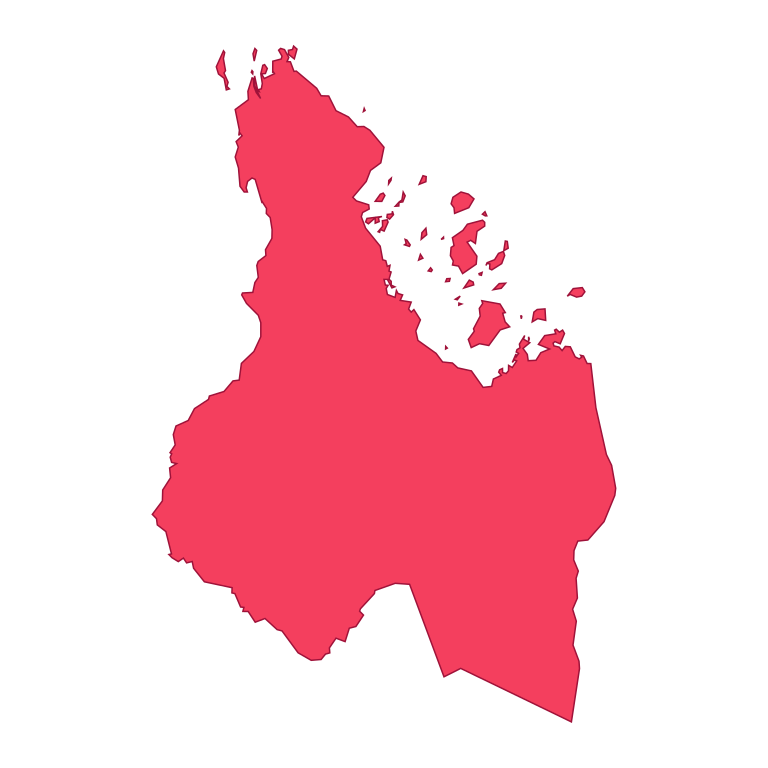 Ghelaelo, Semenawi Keyih Bahri, Eritrea (Natural Earth projection)
{"feature_id": "51966322B44831299318058", "entity_name": "Ghelaelo", "entity_type": "district", "adm_level": 2, "iso_a3": "ERI", "parent_name": "Eritrea", "parent_adm1": "Semenawi Keyih Bahri", "projection": "natural_earth1", "projection_center": [40.103, 14.909], "detail": "fine", "context": "isolated", "style": "filled", "palette": "rose", "viewbox_px": 768, "rotation_deg": 0, "n_neighbors": 0, "source": "geoboundaries", "source_scale": "gbopen_adm2", "svg_char_len": 6095}
<svg xmlns="http://www.w3.org/2000/svg" viewBox="0 0 768 768"><path d="M590.8,363.6L587.1,363.5L583.5,356.0L580.6,355.3L581.7,357.2L579.2,358.9L575.2,356.9L570.3,346.8L565.3,346.4L562.1,350.6L559.1,347.1L553.9,345.9L553.1,343.1L554.9,341.6L560.2,343.8L564.5,333.5L562.6,330.1L559.4,332.2L556.2,329.2L554.6,330.1L555.8,333.8L544.7,335.6L538.4,344.4L549.6,349.0L540.8,352.7L536.0,360.3L528.2,360.7L527.3,354.4L523.0,348.4L529.8,342.7L523.5,339.2L524.7,335.5L519.4,344.1L520.0,347.8L517.0,349.6L516.2,352.0L518.6,353.4L516.2,356.8L516.0,354.0L512.3,362.4L514.5,360.0L516.7,360.9L512.3,367.5L508.6,365.4L508.5,370.8L506.2,373.5L502.6,372.6L502.5,368.5L499.6,369.8L498.7,372.2L501.3,375.3L493.4,379.0L491.7,386.4L483.1,387.4L471.4,370.9L457.8,367.9L452.4,363.0L442.6,362.0L436.1,353.4L417.9,340.4L415.8,331.0L420.4,319.9L413.9,309.6L411.2,312.1L408.6,309.1L411.2,302.1L400.2,300.4L402.6,294.9L398.0,293.5L396.4,290.5L395.1,297.4L387.4,294.5L386.2,288.5L388.1,285.3L385.4,285.1L384.0,279.4L387.4,279.4L391.9,287.9L394.8,286.8L391.2,285.1L391.2,281.3L389.0,279.2L391.1,272.0L389.0,271.1L390.0,265.3L387.3,266.4L385.8,260.7L382.7,259.8L380.2,246.2L365.6,228.2L361.3,216.7L362.6,212.5L369.2,209.0L368.7,204.8L356.4,200.9L352.8,197.3L366.2,181.5L370.5,170.4L380.8,162.8L384.0,147.3L369.9,130.3L363.9,126.5L357.2,126.7L348.5,117.0L336.0,110.7L328.7,96.0L321.1,95.8L316.7,88.3L296.3,71.1L294.0,71.4L290.4,61.8L287.0,61.6L288.8,57.5L284.5,49.6L280.6,48.4L278.6,50.2L282.0,56.2L281.2,59.0L272.8,61.2L272.7,72.1L273.3,71.8L274.5,73.7L264.3,78.5L261.5,73.9L265.4,73.5L267.3,68.5L264.6,64.6L262.8,65.3L260.8,73.8L262.3,83.6L261.3,88.8L258.4,89.6L259.2,91.5L257.8,90.8L254.6,75.9L254.6,85.5L260.6,98.5L256.3,92.6L253.8,86.1L253.3,78.3L252.1,77.9L247.9,91.3L248.4,99.7L235.2,109.5L239.4,130.2L238.8,135.5L240.0,133.1L242.1,135.8L236.1,141.6L238.3,147.1L235.2,157.0L238.5,168.0L240.0,186.3L244.2,192.0L247.4,192.0L246.1,187.8L247.6,181.4L252.0,178.0L255.2,179.4L262.1,203.1L262.1,201.5L266.5,208.4L266.3,213.5L270.2,217.5L272.1,229.6L271.9,238.4L265.5,249.7L265.9,255.6L258.2,261.5L256.8,265.5L258.3,277.4L254.9,282.5L252.8,292.4L242.5,293.0L241.7,294.9L246.5,303.4L258.3,315.3L260.8,322.7L260.8,336.7L253.9,351.5L241.4,363.4L239.2,380.1L233.0,380.9L224.0,391.5L209.4,396.0L208.5,399.4L194.5,408.6L188.2,420.5L176.0,426.0L173.3,434.6L175.2,444.9L170.0,452.7L171.7,453.8L170.2,457.2L171.6,462.4L176.6,463.6L169.6,468.0L170.6,477.7L162.7,490.0L162.4,500.9L152.3,514.4L156.5,518.7L157.3,524.9L165.9,531.6L171.5,553.9L168.9,554.5L172.0,557.7L178.3,561.6L183.4,558.1L186.6,562.9L192.2,561.5L193.6,568.3L204.4,581.8L232.1,587.7L231.9,592.9L234.9,593.6L240.6,607.0L243.9,607.4L242.9,611.4L248.2,611.5L255.2,622.2L265.0,618.5L277.1,629.6L282.0,630.9L298.1,652.8L311.2,660.3L321.1,659.5L325.5,654.1L329.8,652.9L329.4,647.9L336.0,638.2L345.1,641.6L349.3,628.2L355.9,626.5L363.5,615.1L359.6,611.2L360.4,608.8L374.4,593.6L374.9,590.5L395.2,583.3L409.6,584.3L444.0,676.8L460.7,668.4L571.4,721.9L579.5,668.6L579.0,661.2L573.0,645.1L576.3,621.2L572.6,609.2L577.4,598.0L576.1,578.3L578.3,571.1L573.7,559.9L574.0,550.6L577.8,541.1L587.9,540.0L604.0,521.7L614.8,495.4L615.7,488.3L611.6,465.3L606.4,454.5L595.9,407.7L590.8,363.6ZM500.0,304.0L481.8,300.7L482.7,303.5L479.3,308.4L480.2,316.1L473.5,328.8L474.3,331.2L468.3,339.4L471.2,347.6L479.5,343.7L488.8,345.5L500.2,329.9L509.7,326.8L505.1,321.8L502.7,313.2L505.3,312.6L500.0,304.0ZM482.5,220.2L467.4,224.2L462.9,230.4L452.4,237.7L454.0,245.6L451.1,247.4L450.4,255.7L453.3,261.0L452.5,265.0L458.5,266.1L462.6,273.6L476.2,264.2L476.9,256.2L467.1,242.1L470.7,240.3L475.4,243.5L477.0,231.3L484.7,226.1L484.7,222.3L482.5,220.2ZM468.8,207.7L474.0,198.9L468.4,194.1L461.0,192.0L452.9,197.3L451.1,203.8L454.0,207.7L454.6,213.4L468.8,207.7ZM224.7,52.5L223.5,50.8L216.3,66.8L218.5,74.0L224.1,78.3L226.3,89.9L229.4,88.9L226.9,86.4L228.1,82.3L224.0,73.0L225.5,70.6L223.4,58.6L224.7,52.5ZM503.4,251.4L498.5,253.4L494.6,259.7L487.1,262.7L485.9,265.5L487.1,263.4L489.9,264.0L489.6,268.8L491.8,269.9L501.7,263.6L504.7,255.5L503.4,251.4ZM582.3,287.6L573.2,288.6L567.3,296.2L570.1,294.4L576.6,297.1L581.7,296.1L584.9,291.8L582.3,287.6ZM545.0,308.9L537.2,309.5L533.9,312.1L532.2,321.9L537.8,318.6L545.7,320.4L545.0,308.9ZM293.6,46.1L292.5,49.5L288.4,50.3L288.5,54.3L294.3,58.9L297.0,49.1L293.6,46.1ZM382.0,216.5L367.0,218.4L365.6,221.9L368.4,223.8L375.2,217.9L375.2,223.2L379.2,221.6L378.4,217.6L382.0,216.5ZM387.2,219.8L382.4,220.7L382.6,226.4L378.1,231.7L379.6,232.3L380.3,229.5L384.1,231.1L388.1,222.1L387.2,219.8ZM505.6,283.2L499.2,283.6L493.3,289.7L501.2,288.3L505.6,283.2ZM473.7,284.9L473.2,282.1L469.3,280.1L463.9,288.0L473.7,284.9ZM383.2,193.1L380.3,194.2L375.2,201.3L381.8,201.4L384.9,195.5L383.2,193.1ZM425.9,181.7L426.2,176.6L423.0,175.7L419.2,184.3L425.9,181.7ZM421.2,239.3L426.7,234.7L425.9,228.2L421.9,232.7L421.2,239.3ZM508.2,248.2L507.3,241.4L505.3,241.0L503.8,250.7L508.2,248.2ZM402.8,201.9L405.2,195.8L403.2,192.1L401.9,200.0L399.2,201.9L395.3,206.2L398.8,206.0L399.0,202.5L402.8,201.9ZM254.2,61.1L256.7,50.4L254.9,48.5L253.0,53.8L254.2,61.1ZM393.5,214.7L392.4,211.2L392.1,213.9L387.3,214.4L386.9,217.5L389.6,219.1L393.5,214.7ZM422.9,258.2L420.4,254.3L418.6,260.1L422.9,258.2ZM410.2,244.9L406.9,240.1L405.1,239.4L406.2,243.6L404.5,244.8L409.4,246.4L410.2,244.9ZM450.1,278.5L446.8,278.7L445.6,281.7L449.4,281.3L450.1,278.5ZM486.8,215.8L485.0,211.7L482.4,214.2L485.3,215.9L486.8,215.8ZM432.3,270.0L430.6,267.8L428.2,270.9L431.2,271.6L432.3,270.0ZM457.3,299.8L460.2,296.1L455.3,299.2L457.3,299.8ZM482.1,272.4L479.0,273.6L479.3,274.8L481.4,275.3L482.1,272.4ZM458.8,305.2L461.7,304.0L458.9,303.1L458.8,305.2ZM388.6,183.9L391.0,180.3L391.3,178.1L388.8,180.4L388.6,183.9ZM252.7,73.9L252.9,71.7L252.0,70.6L251.3,72.3L252.7,73.9ZM441.1,239.4L443.6,238.6L443.5,237.1L441.1,239.4ZM529.3,338.9L528.6,336.8L528.6,341.0L529.3,338.9ZM445.6,349.0L447.3,348.1L445.7,346.4L445.6,349.0ZM363.4,111.5L365.1,110.5L364.2,108.4L363.4,111.5ZM521.3,318.8L521.8,316.6L521.5,315.9L520.8,316.0L521.3,318.8ZM257.6,93.2L256.4,90.1L256.6,91.9L257.6,93.2Z" fill="#f43f5e" stroke="#9f1239" stroke-width="1.5"/></svg>